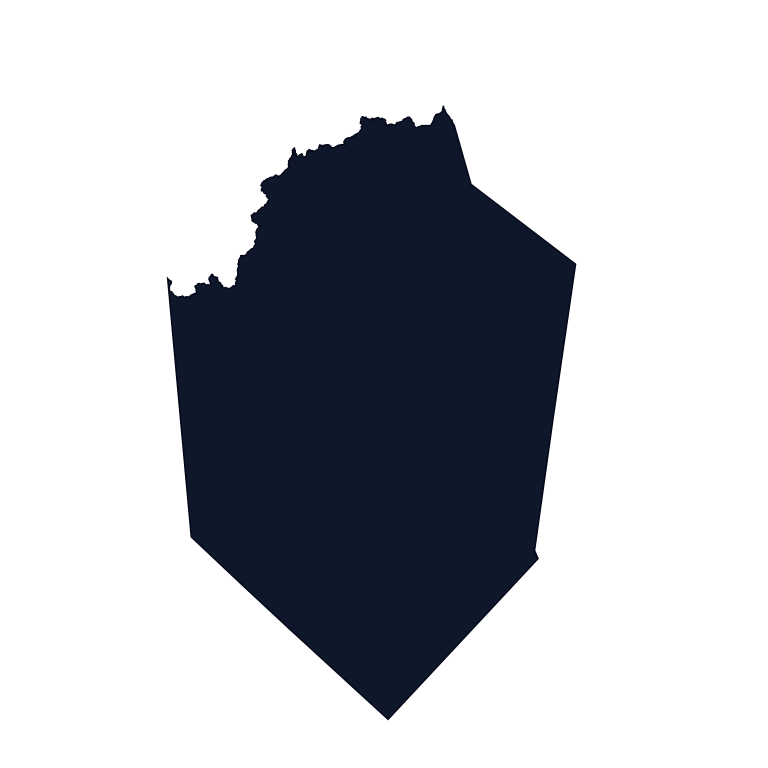 Río Chico, Santa Cruz, Argentina (Mercator projection), rotated 42°
{"feature_id": "61730980B6428657658770", "entity_name": "Río Chico", "entity_type": "district", "adm_level": 2, "iso_a3": "ARG", "parent_name": "Argentina", "parent_adm1": "Santa Cruz", "projection": "mercator", "projection_center": [-72.329, -48.204], "detail": "fine", "context": "isolated", "style": "filled", "palette": "ink", "viewbox_px": 768, "rotation_deg": 42, "n_neighbors": 0, "source": "geoboundaries", "source_scale": "gbopen_adm2", "svg_char_len": 6146}
<svg xmlns="http://www.w3.org/2000/svg" viewBox="0 0 768 768"><g transform="rotate(42 384 384)"><path d="M262.7,144.5L260.7,144.3L260.3,143.8L259.0,143.3L257.9,142.4L257.8,142.5L257.9,142.9L257.1,143.0L253.3,141.6L251.7,141.6L249.1,141.2L245.6,139.5L243.8,139.0L242.0,137.5L242.9,139.2L243.5,139.9L243.8,140.9L244.7,141.2L244.9,142.1L244.8,144.2L245.0,145.0L244.3,145.7L244.2,146.4L243.9,147.0L243.0,147.7L242.4,149.3L243.0,152.2L244.0,154.1L245.0,156.9L245.7,160.8L240.3,165.7L239.9,166.4L239.1,166.6L238.9,167.6L238.6,167.9L238.4,169.0L237.8,169.3L237.3,170.0L237.5,171.5L236.2,172.0L233.6,172.1L233.1,172.0L232.8,171.6L232.7,170.9L231.9,170.3L229.3,170.3L227.1,168.9L226.4,169.5L225.3,168.8L224.2,168.8L223.0,170.2L222.8,170.8L222.8,172.3L222.1,172.9L221.4,174.4L221.8,176.0L221.7,177.3L220.4,178.7L220.1,179.4L220.2,179.9L219.9,180.3L218.8,180.8L218.9,182.3L219.1,183.1L218.7,184.8L217.3,185.1L215.6,186.0L214.5,187.2L214.1,188.0L214.5,188.4L214.1,188.5L213.7,189.1L213.0,189.4L212.8,190.2L210.9,188.8L208.7,187.9L208.6,187.7L208.8,187.0L208.4,186.9L207.3,186.9L205.8,188.0L205.1,187.6L204.4,188.7L204.4,189.7L203.8,189.8L203.2,189.5L201.3,190.0L200.3,191.4L199.3,193.8L199.1,194.0L198.2,194.0L197.4,194.6L197.3,195.2L197.7,195.0L198.5,195.1L197.8,195.9L197.1,197.3L196.6,197.5L196.0,197.1L195.0,197.9L194.4,197.6L193.5,198.4L193.0,198.4L192.2,197.8L191.8,198.1L191.9,199.0L190.6,199.4L189.6,199.4L189.3,199.7L189.1,200.0L189.5,201.1L189.3,201.8L189.6,202.7L190.9,203.9L190.8,204.3L191.5,205.0L191.7,205.9L192.1,206.0L192.5,205.7L192.9,206.0L193.7,205.5L194.8,205.5L195.0,208.2L196.2,208.6L196.5,209.0L196.5,209.4L196.9,209.8L196.7,211.2L196.8,211.9L197.5,213.1L197.1,214.1L196.7,216.1L196.3,216.5L196.0,217.0L196.1,217.8L195.6,218.3L195.6,219.5L195.3,220.5L194.7,221.4L194.5,222.9L193.3,224.7L192.4,225.3L192.2,226.5L191.6,227.5L191.6,228.1L192.0,229.4L192.0,230.7L193.3,231.8L194.4,231.9L194.6,232.3L194.0,232.5L193.7,233.4L191.9,234.9L191.6,235.8L190.3,237.1L190.4,237.7L189.8,238.5L188.9,241.6L187.3,243.2L186.4,244.0L185.4,243.0L183.9,243.3L183.0,243.2L180.8,245.0L180.8,245.4L180.5,246.0L179.3,247.1L180.1,248.5L179.8,248.8L178.6,248.4L177.8,248.9L177.5,248.7L176.3,249.4L176.6,249.9L176.7,250.7L177.3,251.2L177.4,252.1L178.1,253.4L177.9,254.6L177.3,255.2L177.3,256.1L176.9,257.4L175.1,258.2L173.9,259.2L171.5,260.0L171.6,261.1L171.5,261.7L171.2,262.0L171.2,262.5L171.4,262.9L171.9,263.3L172.1,264.1L172.9,265.0L173.3,266.0L173.9,266.9L173.6,267.2L173.5,267.9L172.9,268.4L172.8,268.9L172.9,269.5L172.7,269.9L170.9,268.7L170.2,268.7L168.9,267.9L168.8,268.1L168.6,269.5L168.1,270.0L168.0,270.4L168.1,271.3L167.8,272.9L165.9,273.1L165.6,272.5L165.6,271.9L164.3,271.7L163.7,272.3L163.0,271.1L162.4,270.6L162.0,269.9L160.1,269.5L159.9,268.7L159.6,268.6L159.4,270.4L159.7,271.9L160.8,272.7L161.3,273.5L162.5,273.9L162.9,275.0L162.6,275.5L162.8,276.1L163.2,276.3L163.4,276.9L163.4,280.0L163.7,280.5L164.1,280.6L164.2,281.0L164.2,281.4L163.9,281.8L164.0,282.3L165.2,283.3L165.6,284.0L165.7,284.4L166.6,285.3L168.2,286.2L168.3,285.9L168.6,286.1L168.1,286.8L168.3,287.9L167.8,291.1L167.5,291.6L167.9,292.1L167.7,292.7L167.8,293.3L167.6,295.5L167.8,297.3L167.4,298.8L167.1,299.6L167.2,300.3L166.5,300.2L166.1,300.6L164.6,300.8L163.7,301.3L163.7,302.2L163.3,302.9L163.4,303.9L162.6,305.5L162.0,305.7L161.6,306.2L160.9,307.5L160.8,308.4L159.8,310.1L159.5,311.3L159.7,313.1L158.9,313.3L159.1,314.3L158.8,315.9L158.9,316.6L159.4,317.2L159.7,318.8L159.9,318.9L160.5,318.5L161.7,319.1L162.6,319.9L162.4,320.1L162.4,320.5L162.8,321.5L163.7,322.3L164.6,321.6L165.6,321.7L166.8,322.2L168.5,322.0L168.7,321.9L168.8,321.2L170.0,321.2L170.4,321.5L170.9,323.0L173.4,323.4L174.5,323.2L175.3,323.4L175.5,323.7L175.8,324.3L175.1,324.9L175.5,326.0L176.0,326.6L175.9,328.0L176.4,328.5L175.6,330.8L176.0,331.6L176.5,332.0L176.7,332.4L176.3,332.9L176.2,333.4L175.2,334.0L175.0,334.5L175.0,335.3L175.2,336.3L174.6,338.2L174.7,339.5L174.6,340.2L175.1,341.2L175.1,341.9L174.1,343.2L173.1,343.8L173.0,344.4L173.3,345.1L173.3,346.0L172.8,346.6L172.6,347.5L174.9,349.2L176.1,349.3L176.2,350.5L177.1,350.9L178.4,350.8L178.8,350.3L179.6,350.1L180.1,350.1L180.6,350.5L182.3,349.2L183.6,350.0L184.7,350.3L186.2,349.8L186.0,350.9L186.3,352.0L186.1,353.7L186.7,355.1L187.1,356.5L187.8,357.4L189.0,358.0L189.8,359.2L191.6,360.1L192.3,361.4L192.2,362.2L192.4,363.3L192.4,364.4L194.1,365.2L195.1,366.0L195.2,366.4L195.1,367.3L195.4,368.5L196.2,370.6L196.2,370.9L195.4,371.8L195.3,372.4L195.0,373.0L195.2,373.7L194.8,375.2L194.8,376.4L194.3,377.4L195.1,379.3L194.9,381.0L194.4,382.2L193.2,383.0L191.8,384.5L192.2,384.8L192.6,386.3L192.9,386.8L192.8,387.6L193.3,389.1L194.8,391.0L195.2,392.6L196.2,392.5L196.8,393.1L197.0,393.9L197.6,394.3L198.1,396.0L198.8,397.3L201.7,399.8L203.3,402.4L203.4,403.0L202.9,403.5L203.6,404.4L203.8,405.4L204.1,405.5L205.0,405.2L205.6,405.6L205.8,407.3L206.5,408.7L207.7,409.5L208.1,410.3L208.0,410.6L207.7,411.0L206.6,411.5L206.4,412.2L206.1,412.6L206.3,413.0L206.3,413.8L205.7,414.9L205.7,417.1L205.2,417.3L204.4,417.2L202.3,418.3L201.9,418.2L201.5,418.9L199.7,420.6L199.1,420.4L198.8,419.5L198.4,419.1L196.4,419.1L194.6,418.4L193.3,418.8L192.7,419.7L192.4,419.6L191.2,417.9L189.6,417.5L189.2,416.5L188.9,416.4L188.4,416.5L187.8,417.2L185.1,418.1L184.6,418.0L183.5,417.3L182.9,417.6L182.7,417.8L182.8,419.1L183.1,419.8L183.0,421.5L183.5,422.8L183.8,423.3L184.2,423.3L185.0,423.9L186.5,424.3L188.3,425.8L188.5,426.2L188.3,427.4L186.6,427.9L186.2,429.5L182.9,429.6L181.1,432.0L180.9,432.6L179.3,433.1L178.7,433.8L178.7,434.4L179.2,435.2L178.4,436.5L178.2,437.5L178.3,437.9L179.1,438.4L180.3,438.7L184.1,442.1L182.9,443.3L181.2,447.0L180.8,450.3L179.9,450.5L179.3,451.0L178.2,452.2L178.0,452.8L177.4,453.4L175.5,453.4L174.4,455.4L173.5,456.1L173.4,456.8L172.9,457.9L171.5,457.6L170.7,458.1L167.4,458.6L166.6,457.9L165.5,458.0L164.5,457.6L163.7,458.2L163.0,459.0L162.8,458.5L160.6,456.8L158.7,454.2L158.7,452.1L158.3,451.5L157.9,450.5L157.1,450.1L154.6,450.6L152.7,450.4L343.1,626.6L412.8,628.2L477.0,629.3L611.4,630.5L615.3,410.7L607.3,407.0L531.1,294.1L446.2,166.8L315.1,177.4L262.7,144.5Z" fill="#0f172a" stroke="#020617" stroke-width="1.5"/></g></svg>